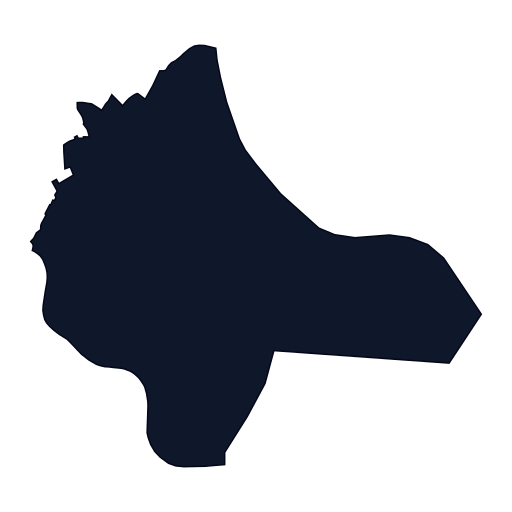 Hai An, Vietnam (Natural Earth projection)
{"feature_id": "81297802B19362557849536", "entity_name": "Hai An", "entity_type": "district", "adm_level": 2, "iso_a3": "VNM", "parent_name": "Vietnam", "parent_adm1": "", "projection": "natural_earth1", "projection_center": [106.726, 20.827], "detail": "fine", "context": "isolated", "style": "filled", "palette": "ink", "viewbox_px": 512, "rotation_deg": 0, "n_neighbors": 0, "source": "geoboundaries", "source_scale": "gbopen_adm2", "svg_char_len": 2417}
<svg xmlns="http://www.w3.org/2000/svg" viewBox="0 0 512 512"><path d="M481.3,314.2L443.6,258.0L435.7,251.3L427.8,244.6L409.4,237.7L389.4,235.0L354.9,237.7L334.6,234.7L318.8,228.1L280.6,193.8L266.3,176.7L255.6,163.9L245.3,150.2L239.4,139.0L226.7,102.4L220.5,77.7L217.0,60.0L215.8,48.2L204.6,45.5L199.2,45.3L194.4,46.0L189.5,48.7L183.5,53.7L180.6,56.6L175.5,60.7L174.3,61.3L171.5,62.7L168.7,65.6L166.8,68.7L165.5,70.4L163.2,70.8L159.7,70.8L152.8,85.6L145.2,99.2L137.8,93.6L136.9,93.6L134.4,94.7L132.0,96.3L129.0,98.5L126.2,101.4L122.6,105.7L111.8,94.7L108.3,101.2L106.2,103.3L105.3,104.5L104.5,105.9L103.5,107.5L101.7,110.2L101.6,110.4L100.5,109.5L98.8,108.3L98.3,108.0L97.2,107.3L92.2,104.2L91.4,103.8L90.3,103.6L89.0,103.5L84.7,102.8L82.5,102.5L79.5,102.5L77.2,102.6L77.3,108.4L78.0,110.0L81.0,114.5L82.5,117.2L83.0,119.0L83.4,120.5L83.7,122.3L83.8,123.2L83.5,123.7L83.5,124.0L83.4,124.1L83.5,124.3L87.0,129.0L87.2,129.4L87.2,129.6L88.0,131.8L88.2,132.6L89.2,136.6L89.2,136.9L83.4,136.8L83.3,138.2L78.5,138.2L78.2,138.2L77.0,135.8L74.5,137.2L75.1,139.2L70.6,140.8L69.5,141.3L69.4,141.3L69.0,141.5L65.5,143.7L64.4,144.5L63.7,145.0L63.7,145.6L63.9,152.8L63.9,153.0L64.0,154.2L64.9,168.9L70.2,166.9L72.8,173.4L73.4,175.1L58.8,183.7L56.4,179.4L53.3,181.1L52.1,181.8L57.2,191.1L54.8,195.0L55.4,196.3L55.7,197.2L55.7,198.3L54.2,200.6L52.8,200.1L50.8,204.8L49.8,204.6L45.7,212.5L45.1,214.0L46.4,215.0L45.8,215.5L42.4,221.8L41.6,223.1L40.8,225.4L40.7,228.2L40.5,229.8L36.5,232.7L36.0,233.7L34.0,237.7L33.6,238.4L31.6,240.5L30.7,241.5L31.9,243.0L32.3,243.4L32.4,243.6L32.6,243.8L32.8,244.4L33.0,245.0L33.2,245.8L33.1,246.6L32.9,248.0L32.3,250.5L34.3,251.4L37.1,253.3L40.1,255.7L42.7,259.3L44.8,264.3L46.2,268.5L47.1,273.0L47.2,276.0L47.3,277.3L46.9,282.3L45.4,290.7L43.2,305.2L42.9,310.6L43.7,315.5L44.8,319.7L46.7,323.0L49.7,326.4L54.2,330.5L59.5,334.5L67.1,339.2L70.7,342.8L81.5,354.2L88.9,360.0L96.5,364.4L100.4,365.7L104.8,366.7L108.7,366.9L113.4,367.5L117.7,367.9L121.5,368.3L124.3,368.9L127.7,370.2L129.9,371.0L132.2,372.3L134.7,374.1L138.5,377.5L140.9,380.6L143.9,385.2L144.9,387.4L146.6,393.6L147.8,401.4L148.0,405.6L147.1,432.8L148.3,437.9L150.7,444.5L154.7,451.4L160.2,457.2L168.5,463.3L175.8,465.9L183.9,466.7L198.3,466.4L204.2,466.3L206.1,466.2L210.0,465.8L224.7,464.6L224.7,452.4L247.3,416.5L265.0,383.5L273.2,353.2L273.9,350.6L449.1,363.1L481.3,314.2Z" fill="#0f172a" stroke="#020617" stroke-width="1.5"/></svg>